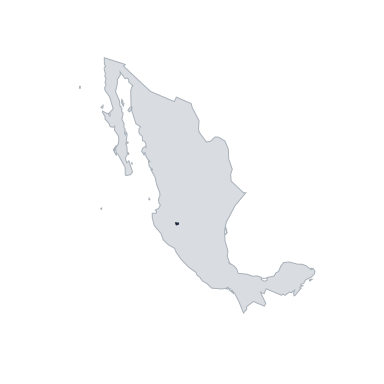 Ocotlán, Jalisco, Mexico shown in context, rotated 23°
{"feature_id": "50627088B16557920765065", "entity_name": "Ocotlán", "entity_type": "district", "adm_level": 2, "iso_a3": "MEX", "parent_name": "Mexico", "parent_adm1": "Jalisco", "projection": "mercator", "projection_center": [-102.72, 20.387], "detail": "fine", "context": "in_parent", "style": "filled", "palette": "slate", "viewbox_px": 384, "rotation_deg": 23, "n_neighbors": 0, "source": "geoboundaries", "source_scale": "gbopen_adm2", "svg_char_len": 4280}
<svg xmlns="http://www.w3.org/2000/svg" viewBox="0 0 384 384"><g transform="rotate(23 192 192)"><path d="M58.8,102.7L80.8,100.7L79.8,102.9L114.6,115.7L140.4,115.7L140.5,110.8L156.6,110.9L159.4,114.4L170.6,123.6L173.3,131.3L175.4,134.3L185.8,140.3L189.2,138.1L191.7,132.4L194.9,131.2L202.4,132.2L208.7,138.4L212.9,147.3L220.2,155.4L220.6,160.5L223.8,166.7L239.7,172.6L241.8,171.7L237.0,187.6L235.4,206.3L236.1,210.3L240.2,215.7L239.3,218.5L239.6,215.7L236.2,211.1L237.3,215.3L241.4,224.0L248.1,232.3L249.6,237.4L254.3,242.6L253.0,242.4L255.7,243.7L254.8,242.9L259.7,243.6L263.2,245.4L266.3,248.8L274.7,246.2L280.8,245.8L284.8,243.8L289.1,243.5L290.0,244.2L289.7,245.3L293.1,246.0L295.5,244.3L294.9,241.7L293.7,242.3L294.0,241.8L300.4,237.3L300.8,233.6L302.7,231.5L302.7,225.6L303.9,221.1L308.8,218.5L317.4,217.2L321.2,215.6L325.4,215.3L332.3,216.8L332.9,215.9L331.1,215.8L333.5,215.1L336.2,217.1L336.7,219.7L335.3,223.3L330.8,228.7L330.6,232.3L328.3,234.5L328.7,235.3L330.7,235.0L328.6,237.3L328.6,238.2L330.0,237.9L327.3,246.9L326.6,247.7L325.1,245.7L324.8,242.3L322.8,245.8L320.7,246.1L318.1,250.7L315.1,250.6L314.8,252.1L298.1,252.1L298.1,257.5L294.3,257.5L303.4,265.8L303.1,268.8L291.3,268.8L287.0,276.4L288.2,278.3L286.7,283.3L278.2,274.7L271.3,269.0L267.1,266.8L266.7,267.3L270.5,269.3L264.5,267.6L264.9,266.2L263.3,266.8L262.3,265.5L261.2,266.9L263.2,267.5L260.2,267.8L257.1,269.7L247.6,272.8L241.4,270.4L236.2,269.8L232.7,267.5L229.2,266.6L227.0,264.4L218.5,262.6L207.9,258.0L201.0,253.7L198.1,250.7L190.9,249.8L184.1,247.2L179.8,242.4L170.4,237.7L165.5,231.2L163.7,227.2L167.5,225.3L166.9,223.6L165.2,223.1L167.7,220.1L168.0,216.4L165.9,215.1L163.9,211.5L164.0,208.1L162.6,205.2L157.0,199.5L152.1,192.7L144.6,186.8L146.7,187.9L146.9,186.6L142.8,185.3L139.8,180.6L141.9,180.8L136.0,177.6L135.2,176.0L133.0,176.6L132.6,175.8L134.3,174.0L131.5,175.4L129.7,174.1L129.4,171.0L131.4,168.2L132.2,168.7L130.7,165.8L128.8,164.0L126.3,164.1L124.6,160.2L121.6,159.4L119.7,157.7L118.5,154.3L119.2,152.1L113.8,151.1L104.3,140.1L103.7,137.5L102.3,136.7L96.1,122.9L95.5,118.7L96.2,117.3L90.9,115.5L89.7,113.2L88.0,112.4L86.1,113.8L78.9,109.5L80.3,112.3L79.4,117.5L81.0,121.7L82.4,129.6L89.7,136.5L92.1,141.1L93.1,140.9L93.7,142.3L94.8,142.4L95.8,145.4L97.8,146.3L99.1,152.5L102.8,155.7L104.0,159.1L105.8,160.2L107.0,164.4L108.5,165.4L107.7,162.3L109.7,164.1L112.3,173.4L114.6,176.1L117.8,182.8L117.4,185.6L118.1,188.1L120.7,190.5L121.7,188.0L129.4,196.7L128.7,199.9L125.7,202.2L124.0,202.5L120.8,195.4L108.7,185.9L107.6,186.0L105.1,183.0L104.6,181.0L105.3,176.5L104.2,172.2L102.3,169.1L96.4,165.3L95.2,161.6L94.1,163.2L91.2,163.9L88.9,161.4L83.4,158.8L82.5,156.6L78.4,153.5L78.0,152.4L82.3,153.0L84.7,152.1L84.7,153.1L86.8,154.1L86.0,151.6L85.0,151.4L87.0,146.3L78.9,136.6L72.2,132.4L70.9,130.2L70.9,126.6L69.2,125.4L68.6,121.3L66.5,119.5L66.1,117.0L63.1,113.1L62.6,111.3L63.5,110.1L61.4,108.5L58.8,102.7ZM103.9,140.3L103.2,142.7L101.1,141.9L101.9,138.2L103.2,137.8L103.9,140.3ZM95.2,139.8L92.1,137.1L91.3,134.3L92.8,135.2L93.2,136.8L94.8,137.2L95.2,139.8ZM335.2,228.0L334.5,227.3L334.8,226.2L336.8,225.3L335.2,228.0ZM105.3,186.0L103.1,183.6L104.3,178.5L104.0,183.0L105.3,186.0ZM76.8,150.0L75.1,149.7L76.2,146.9L77.0,149.0L76.8,150.0ZM48.6,140.9L47.2,139.1L47.5,138.4L48.0,138.4L48.6,140.9ZM107.1,186.1L108.4,188.0L105.7,186.1L107.1,186.1ZM156.1,215.2L155.8,216.0L155.2,215.7L154.9,214.4L156.1,215.2ZM118.6,181.0L119.2,182.5L117.7,180.6L118.6,181.0ZM113.3,170.9L114.1,171.6L112.9,173.0L113.3,170.9ZM115.7,243.2L115.2,243.4L114.4,242.8L115.0,242.0L115.7,243.2ZM292.0,243.5L290.5,243.8L293.1,243.0L292.0,243.5ZM126.0,189.7L125.2,189.5L125.1,188.0L126.0,189.7Z" fill="#d9dde1" stroke="#a8b0b8" stroke-width="1"/><path d="M191.2,226.3L191.0,226.5L190.9,226.6L190.8,226.8L190.7,226.8L190.6,226.7L190.4,226.7L190.4,226.8L190.4,226.7L190.2,226.6L190.1,226.8L189.9,227.0L189.6,226.9L189.6,227.0L189.4,227.0L189.5,227.2L189.8,227.2L189.9,227.3L190.0,227.3L190.1,227.5L190.1,227.8L190.2,228.0L190.3,228.1L190.5,228.1L190.6,227.9L190.6,227.7L190.8,227.6L191.1,227.5L191.1,227.4L191.3,227.4L191.4,227.2L191.5,227.2L191.7,226.9L191.8,226.9L191.8,226.7L191.7,226.6L191.6,226.4L191.5,226.5L191.4,226.5L191.3,226.4L191.2,226.3L191.2,226.3Z" fill="#64748b" stroke="#1e293b" stroke-width="1.5"/></g></svg>